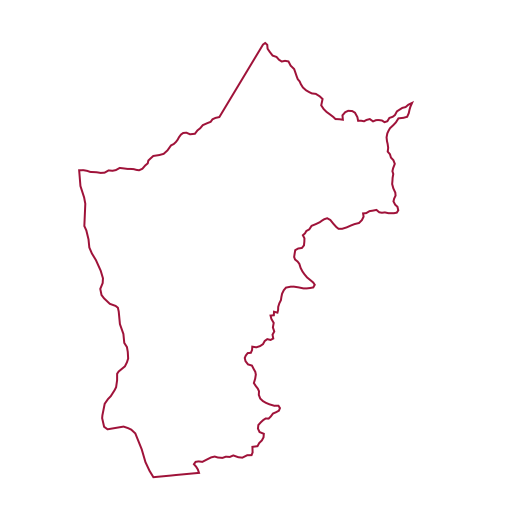 Quiterianópolis, Ceará, Brazil, rotated 355°
{"feature_id": "56859067B30046972557258", "entity_name": "Quiterianópolis", "entity_type": "district", "adm_level": 2, "iso_a3": "BRA", "parent_name": "Brazil", "parent_adm1": "Ceará", "projection": "orthographic", "projection_center": [-40.719, -5.874], "detail": "fine", "context": "isolated", "style": "outline", "palette": "rose", "viewbox_px": 512, "rotation_deg": 355, "n_neighbors": 0, "source": "geoboundaries", "source_scale": "gbopen_adm2", "svg_char_len": 4128}
<svg xmlns="http://www.w3.org/2000/svg" viewBox="0 0 512 512"><g transform="rotate(355 256 256)"><path d="M89.8,412.9L93.0,415.7L109.2,414.4L113.5,416.3L116.6,418.1L120.3,422.2L125.3,438.6L127.9,451.7L131.2,460.7L134.5,467.4L151.8,467.3L157.1,467.2L175.6,467.1L180.3,467.1L179.5,463.7L178.0,460.7L176.0,458.0L177.9,455.8L180.9,455.6L184.6,456.4L188.5,454.8L191.0,453.8L193.8,452.7L197.4,452.2L200.4,453.4L205.0,454.2L208.5,453.3L212.4,453.9L216.0,452.7L220.8,454.9L224.8,455.7L229.9,453.7L234.2,454.0L235.5,451.4L235.8,445.8L240.9,445.6L242.9,442.6L245.8,440.2L247.7,437.3L248.3,433.8L244.2,431.7L242.9,428.1L243.6,424.6L246.4,422.0L249.0,420.0L251.5,418.7L254.4,419.1L256.7,417.2L259.2,414.4L262.3,413.4L265.3,412.1L266.6,409.6L265.3,407.1L261.2,406.8L256.4,404.9L253.0,403.1L250.2,401.1L247.8,398.4L246.7,394.6L247.2,391.0L246.2,388.2L244.5,385.6L242.8,382.4L244.5,378.1L245.5,374.1L245.2,371.3L243.9,368.5L242.4,364.8L238.6,363.3L236.4,359.9L235.9,356.6L237.2,354.2L239.3,352.0L242.4,352.0L243.9,349.3L244.4,346.0L248.3,347.0L252.2,346.1L255.3,344.4L257.3,341.4L260.0,339.8L263.2,340.9L266.0,339.7L265.6,335.8L267.6,332.8L266.6,328.6L267.8,324.2L265.8,319.9L265.3,316.6L268.6,316.6L269.1,313.1L272.4,314.3L273.3,311.8L273.7,308.6L275.1,305.2L277.0,302.1L277.7,299.1L278.7,295.8L280.7,292.5L283.1,290.1L287.8,289.6L290.9,289.8L295.8,291.0L300.4,292.4L303.8,292.7L307.1,292.6L310.3,292.3L312.0,289.8L310.7,287.4L308.6,285.3L305.0,281.8L302.7,278.5L300.9,275.4L299.4,271.7L298.5,267.6L297.0,265.2L294.6,262.9L293.9,260.3L294.7,257.0L295.6,253.6L298.7,252.2L302.4,252.0L304.7,249.6L305.4,246.0L305.8,242.6L304.5,239.4L306.8,237.7L308.3,235.5L311.4,234.1L314.0,230.8L318.5,229.4L322.5,227.9L324.8,226.5L327.2,225.3L330.2,224.6L333.2,226.6L335.8,230.5L338.5,234.1L340.6,236.1L344.2,236.4L348.8,235.4L353.5,233.8L357.0,232.8L361.5,232.1L364.6,229.5L366.6,226.2L366.4,222.9L369.5,222.9L373.0,221.2L376.3,221.0L380.0,220.6L382.6,223.2L385.2,223.9L388.2,223.8L391.7,224.9L397.0,225.4L400.0,225.1L401.7,222.9L401.2,219.3L399.1,217.0L397.7,213.6L398.6,210.9L400.3,208.0L400.3,205.0L398.7,200.6L397.9,196.2L398.5,192.8L398.9,190.0L399.9,186.3L399.3,183.4L400.2,180.6L402.3,176.3L401.2,172.5L399.0,169.7L398.3,166.3L396.3,163.5L397.1,159.8L396.9,155.8L396.5,153.1L396.4,149.2L397.5,145.3L399.0,142.7L400.6,140.4L404.3,137.5L407.0,135.1L409.9,131.3L414.9,131.2L418.7,130.5L420.6,127.1L421.7,123.6L422.8,120.8L424.8,117.1L420.9,118.6L418.0,120.7L414.7,121.2L412.0,122.6L409.0,124.2L406.7,127.7L404.4,129.2L400.9,130.1L398.6,133.2L395.7,133.9L393.3,132.0L390.3,131.3L387.5,131.1L384.3,132.1L381.3,129.5L377.9,130.1L375.4,131.2L372.5,130.4L369.5,130.2L369.1,126.5L367.1,121.9L364.5,120.0L360.5,119.4L357.4,120.5L354.4,123.4L354.4,127.8L350.9,127.0L347.1,126.5L345.2,124.3L341.9,121.3L338.8,118.6L336.2,115.5L334.1,111.6L336.0,105.4L333.4,102.5L329.7,99.7L325.8,98.9L323.3,97.4L320.3,95.3L317.4,92.2L315.6,88.6L314.7,85.9L313.0,83.5L312.2,80.7L311.3,77.0L310.3,73.1L307.1,69.4L305.3,65.0L301.9,64.1L298.6,64.5L296.0,62.5L293.8,59.5L290.0,57.8L287.5,53.9L285.6,50.5L285.6,46.6L283.7,44.6L281.4,46.0L231.6,114.4L227.7,114.9L224.6,116.0L222.5,118.4L219.1,119.4L214.4,121.0L211.5,123.9L208.6,125.8L205.8,128.9L200.9,129.0L197.4,127.1L194.2,127.1L191.8,128.5L189.6,131.0L188.1,133.3L186.2,135.4L183.8,137.3L181.0,138.4L177.0,143.1L172.9,146.2L168.5,147.0L165.5,147.2L162.4,147.4L159.6,149.5L157.1,151.5L156.2,154.3L153.6,156.1L150.4,159.2L147.0,160.4L144.4,159.8L141.7,158.8L138.5,158.3L135.8,158.1L131.3,157.1L127.9,156.4L123.9,158.2L120.5,158.6L116.6,157.9L112.4,159.8L108.5,159.7L104.6,158.7L101.1,158.2L98.2,157.8L95.3,156.5L91.7,155.5L87.3,155.2L87.2,171.0L89.9,182.8L90.5,189.1L87.6,211.2L89.2,215.7L90.6,224.9L90.7,233.0L92.7,239.1L96.2,246.2L100.0,257.1L101.6,264.9L100.9,269.6L98.0,275.2L98.7,281.4L100.9,284.9L106.2,290.9L111.8,293.5L113.9,295.5L114.4,299.4L114.5,312.0L117.1,322.1L117.2,331.1L119.5,335.5L119.9,340.4L119.7,347.0L118.2,350.6L115.8,354.5L109.1,359.1L107.4,361.2L106.8,367.7L105.2,374.5L103.4,377.4L99.1,383.0L96.1,385.6L92.4,390.0L89.1,401.3L88.6,404.1L89.8,412.9Z" fill="none" stroke="#9f1239" stroke-width="2"/></g></svg>